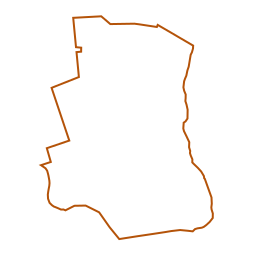 Jebel Awlia, Khartoum, Sudan, rotated 181°
{"feature_id": "16777658B74371618965754", "entity_name": "Jebel Awlia", "entity_type": "district", "adm_level": 2, "iso_a3": "SDN", "parent_name": "Sudan", "parent_adm1": "Khartoum", "projection": "orthographic", "projection_center": [32.571, 15.354], "detail": "fine", "context": "isolated", "style": "outline", "palette": "amber", "viewbox_px": 256, "rotation_deg": 181, "n_neighbors": 0, "source": "geoboundaries", "source_scale": "gbopen_adm2", "svg_char_len": 1312}
<svg xmlns="http://www.w3.org/2000/svg" viewBox="0 0 256 256"><g transform="rotate(181 128 128)"><path d="M100.1,231.6L100.9,229.5L118.9,231.9L123.5,232.4L147.5,231.6L156.7,239.2L184.7,237.2L181.4,207.9L176.2,207.5L176.2,203.5L180.8,203.0L178.0,178.1L201.1,168.5L205.1,166.8L186.5,114.4L208.8,106.4L204.6,92.7L214.3,89.3L213.8,89.0L213.3,88.6L213.1,88.5L209.8,86.3L208.1,83.9L207.4,81.6L206.8,79.4L206.2,76.5L205.7,73.9L205.5,71.4L205.7,68.7L206.1,66.5L206.6,63.4L207.0,60.0L206.7,55.9L205.1,51.8L202.7,49.5L200.8,48.2L198.9,47.5L196.6,46.6L193.6,45.3L191.1,45.4L189.1,44.6L180.2,49.3L174.6,49.5L169.0,49.7L155.4,43.2L144.6,28.4L134.8,16.8L117.0,19.9L99.5,22.8L88.9,24.6L83.0,25.7L74.1,26.9L66.5,26.3L61.5,25.8L59.2,28.1L56.7,28.9L52.5,29.6L50.6,30.4L48.2,32.2L44.7,35.5L41.7,39.5L41.7,44.0L43.0,48.0L43.3,50.1L42.9,53.7L43.3,60.0L50.3,78.5L50.9,79.0L51.3,81.3L54.1,85.8L57.4,89.3L61.7,93.3L63.1,94.7L63.1,97.8L64.8,101.6L65.6,104.0L65.4,106.1L66.6,109.8L66.5,114.9L69.3,120.6L72.0,125.9L72.7,128.5L72.4,134.3L70.6,135.6L68.7,138.5L68.7,147.3L69.9,152.4L71.1,155.9L70.9,158.8L70.9,162.5L72.5,166.2L73.3,169.6L72.7,175.7L71.8,178.4L70.6,181.3L69.6,186.6L68.4,190.3L66.6,202.3L65.4,204.8L64.4,208.6L64.3,211.5L80.5,220.6L81.0,220.9L96.0,229.3L100.1,231.6Z" fill="none" stroke="#b45309" stroke-width="2"/></g></svg>